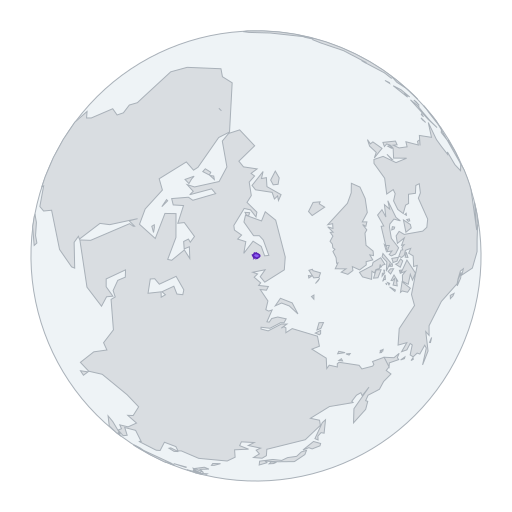 Northern Savonia highlighted on a globe, orthographic projection, rotated 115°
{"feature_id": "FIN-3178", "entity_name": "Northern Savonia", "entity_type": "Province", "adm_level": 1, "iso_a3": "FIN", "parent_name": "Finland", "parent_adm1": "", "projection": "orthographic", "projection_center": [27.676, 63.147], "detail": "fine", "context": "on_globe", "style": "filled", "palette": "violet", "viewbox_px": 512, "rotation_deg": 115, "n_neighbors": 0, "source": "natural_earth", "source_scale": "10m", "svg_char_len": 12218}
<svg xmlns="http://www.w3.org/2000/svg" viewBox="0 0 512 512"><g transform="rotate(115 256 256)"><circle cx="256" cy="256" r="225" fill="#eef3f6" stroke="#a8b0b8"/><path d="M55.1,154.1L57.6,149.4L90.1,103.6L95.9,97.5L101.6,92.0L105.8,88.6L139.3,66.9L115.1,80.6L124.1,73.9L135.2,67.1L133.7,68.5L147.6,62.6L158.6,57.5L175.5,54.8L186.3,61.4L179.9,62.7L183.3,64.4L191.5,63.2L196.1,62.0L218.8,68.8L246.0,69.7L254.8,65.6L252.8,70.2L269.4,59.9L284.3,59.0L267.4,62.8L265.6,65.4L275.6,66.1L275.9,68.9L281.0,71.0L280.5,74.5L270.6,76.8L270.1,79.3L277.3,79.6L281.2,83.6L270.8,82.7L276.7,89.6L261.3,95.5L233.9,91.4L225.2,98.8L196.4,105.9L198.9,108.7L189.5,113.6L188.9,118.8L183.7,119.0L187.7,123.0L192.5,121.9L195.8,123.4L195.9,126.4L189.4,127.0L188.4,125.6L186.5,127.4L183.2,126.5L184.8,128.6L176.9,129.2L184.8,133.2L178.5,137.5L173.2,136.7L173.8,130.8L163.0,115.4L157.8,113.3L150.0,116.0L135.0,133.3L129.3,133.7L121.5,138.6L124.5,141.0L131.8,138.0L135.6,143.9L143.9,139.9L146.7,141.9L155.3,140.5L153.9,147.2L147.9,154.6L140.7,156.2L137.8,159.7L144.6,163.7L131.1,172.3L122.2,188.2L118.7,189.9L112.0,182.9L112.2,168.6L103.7,160.8L109.1,172.7L100.3,177.3L98.8,181.0L99.2,184.9L102.5,185.9L99.4,189.0L92.9,178.2L95.6,175.1L97.6,178.5L97.6,172.0L93.2,165.2L89.1,168.4L86.8,155.8L83.8,158.1L81.6,156.8L86.5,154.0L77.7,158.9L74.3,147.1L62.2,156.3L74.2,141.7L78.6,133.8L82.9,125.3L80.8,126.5L89.2,114.3L92.2,106.7L86.6,109.1L78.4,118.0L69.7,130.6L70.2,131.6L65.7,140.4L62.3,141.6L53.2,159.4L50.3,164.2L48.7,167.8L55.1,154.1ZM45.5,175.8L43.9,180.2L40.4,190.9L40.2,193.5L39.0,201.9L36.5,207.6L37.7,208.5L35.7,217.2L34.7,238.6L34.1,238.2L32.9,263.4L35.5,286.8L36.0,295.9L35.3,296.1L37.1,304.0L37.2,305.9L47.9,337.4L56.3,356.8L58.1,362.6L55.7,359.1L48.9,344.6L43.1,329.7L38.4,314.4L34.8,298.8L32.3,283.0L31.0,267.1L30.8,251.1L31.7,235.1L33.7,219.2L36.9,203.6L41.2,188.1L41.6,186.9L43.4,181.4L43.5,181.1L45.5,175.8ZM59.3,158.0L49.2,182.0L51.8,171.1L51.8,172.5L55.1,165.8L60.0,155.0L63.1,146.2L59.3,158.0ZM61.9,162.4L63.3,158.7L62.3,162.1L61.9,162.4ZM198.1,61.0L191.6,62.9L184.1,63.1L189.4,61.2L198.1,61.0ZM212.5,61.8L209.6,63.3L206.2,60.7L208.9,60.6L212.5,61.8ZM261.0,62.2L255.6,62.4L260.7,61.3L261.0,62.2ZM281.8,70.7L283.2,69.8L285.2,71.3L281.8,70.7ZM155.5,136.9L155.4,138.7L153.8,138.0L155.5,136.9ZM159.3,134.8L157.6,132.8L159.2,131.5L160.2,132.7L159.3,134.8ZM286.3,78.1L289.1,81.0L284.5,78.4L286.3,78.1ZM161.0,137.6L162.2,129.4L165.0,127.2L171.1,130.2L161.0,137.6ZM289.6,82.9L296.5,90.0L300.3,88.5L293.6,97.1L289.9,88.0L283.7,85.1L288.3,85.0L289.6,82.9ZM194.0,120.3L188.9,121.6L193.1,117.7L194.0,120.3ZM195.9,117.5L204.1,104.2L211.7,104.0L207.4,108.4L217.3,106.1L217.0,112.5L211.5,115.2L206.6,114.0L210.2,117.4L195.9,117.5ZM288.8,100.9L289.0,103.1L286.9,101.3L288.8,100.9ZM197.5,123.7L198.5,120.9L205.2,120.5L204.4,126.0L202.5,124.4L197.5,123.7ZM220.0,102.5L224.8,103.3L225.9,108.7L227.9,109.7L217.6,112.7L220.0,102.5ZM201.0,126.0L203.9,128.9L200.8,131.9L197.0,126.4L201.0,126.0ZM207.2,118.1L210.3,118.3L208.4,120.0L207.2,118.1ZM191.4,144.5L192.5,141.0L196.0,140.4L191.4,144.5ZM205.1,129.7L206.2,128.7L207.7,128.1L208.9,130.6L205.1,129.7ZM219.1,116.4L218.5,118.5L223.4,115.4L224.4,119.5L217.3,120.8L220.7,121.9L221.1,123.2L214.9,122.9L219.1,116.4ZM214.7,131.5L206.1,134.9L203.4,141.4L200.1,142.0L205.0,131.4L214.7,131.5ZM215.4,126.4L214.2,129.7L210.8,128.7L209.4,125.9L215.4,126.4ZM227.6,121.9L227.9,115.3L229.4,115.2L227.6,121.9ZM214.6,133.6L216.7,132.8L214.8,134.2L214.6,133.6ZM224.4,125.6L224.3,123.3L226.0,123.3L224.4,125.6ZM221.0,133.2L218.2,134.2L217.2,132.3L221.0,133.2ZM223.1,129.9L225.5,130.5L218.5,131.0L222.7,128.8L223.1,129.9ZM226.0,126.0L227.0,125.3L225.8,127.0L226.0,126.0ZM226.4,140.1L217.8,141.2L215.6,136.8L224.2,136.3L226.4,140.1ZM211.4,476.8L196.4,470.2L202.5,467.9L200.5,463.6L183.1,448.1L186.9,441.5L182.3,436.7L172.7,434.6L167.2,428.3L161.4,426.0L125.1,411.1L114.1,398.1L101.1,366.9L107.7,362.2L109.1,350.8L154.8,332.4L164.4,339.9L200.2,346.1L204.6,348.9L200.2,358.9L226.9,376.4L235.8,368.7L260.2,376.3L276.5,375.0L282.7,354.7L255.9,356.5L251.4,346.4L273.0,336.4L296.4,334.6L295.5,330.6L280.8,323.5L286.3,314.9L275.8,320.3L279.9,324.1L273.4,327.7L269.2,324.4L271.3,321.4L264.3,320.0L256.0,335.1L259.4,340.7L240.9,343.0L244.7,352.6L239.6,356.7L231.3,342.1L232.2,336.8L216.5,318.9L213.9,324.6L228.5,342.0L223.9,340.2L220.4,348.6L219.4,340.9L204.1,320.9L187.6,320.0L166.1,335.1L156.5,332.6L148.6,324.1L156.7,303.8L177.3,311.6L180.5,305.0L176.6,291.8L183.2,295.4L184.1,291.1L191.9,293.4L203.2,285.8L211.2,286.8L215.9,273.7L220.6,272.5L216.5,280.5L217.9,286.8L237.7,289.0L241.6,286.5L243.1,277.9L248.4,279.8L247.3,271.3L258.8,268.2L243.8,264.9L245.1,255.3L252.2,248.2L250.0,244.6L238.4,256.2L236.2,261.5L238.6,266.8L230.3,281.3L223.4,282.8L221.9,265.8L212.0,266.3L215.2,253.3L244.5,229.1L256.6,224.5L276.0,237.0L273.0,243.4L264.6,241.9L272.1,252.1L271.6,247.0L276.0,248.7L278.4,240.4L281.6,241.2L278.4,231.9L282.6,232.1L284.6,238.0L291.7,226.2L300.5,224.4L300.6,221.3L298.1,218.6L311.0,218.3L310.4,216.1L306.0,215.3L302.1,210.5L300.2,202.1L304.7,202.4L306.0,205.5L315.6,212.8L318.4,221.3L320.1,220.6L318.7,213.3L307.1,204.4L304.6,199.2L310.7,202.6L308.3,200.9L308.5,198.5L312.9,196.5L306.5,192.5L302.7,166.4L311.0,160.4L316.8,166.0L318.9,149.2L328.1,144.3L324.0,143.5L322.2,135.4L319.3,136.8L317.2,135.8L311.5,116.4L313.6,112.3L306.5,103.7L304.4,103.4L302.4,105.8L293.6,97.1L300.3,88.5L304.7,89.6L305.9,83.8L315.8,87.3L324.6,87.8L334.8,95.6L340.8,95.5L340.5,93.3L348.6,91.8L366.0,97.1L353.0,102.7L327.1,98.2L337.7,100.7L335.6,103.2L339.7,106.1L347.2,107.8L347.8,106.1L361.4,125.8L380.1,138.1L378.0,129.0L382.3,126.1L401.7,133.7L426.6,164.5L432.6,162.2L436.7,165.0L439.7,173.1L433.9,169.3L431.9,173.8L428.2,170.6L431.0,182.9L425.8,178.8L430.6,190.7L434.8,190.7L434.2,181.1L440.7,193.5L447.2,189.9L454.0,195.5L463.6,222.4L464.2,241.3L465.6,244.3L462.6,248.1L463.5,260.3L472.8,260.7L474.2,264.4L473.5,283.9L472.6,281.7L464.9,291.4L466.9,302.5L472.9,297.0L475.0,300.4L472.0,307.4L469.4,304.9L466.6,308.1L464.9,299.7L457.9,293.7L454.6,304.9L452.5,299.9L442.3,298.6L436.2,314.2L428.2,345.4L431.1,358.9L426.6,370.2L411.4,362.5L404.2,351.4L399.0,357.5L383.2,354.0L356.6,369.0L352.6,366.3L347.7,370.9L336.5,371.0L330.4,365.5L323.7,368.4L340.1,382.1L347.2,378.8L352.9,368.7L356.1,374.2L366.8,374.8L355.7,396.0L315.9,422.4L311.7,412.5L280.1,384.2L280.9,379.9L280.7,379.4L280.3,378.6L277.7,385.8L272.2,379.1L289.4,401.8L292.4,411.2L315.3,423.2L313.2,425.3L320.5,426.6L343.6,415.2L343.8,418.5L333.1,436.8L300.9,460.6L305.0,467.5L302.5,472.8L282.2,478.1L283.8,479.3L273.3,480.6L273.0,480.6L252.4,481.3L231.8,480.0L211.4,476.8ZM139.0,348.7L137.8,352.1L139.0,348.7ZM321.5,342.1L335.4,338.1L328.6,326.9L333.4,324.5L329.4,321.7L328.1,326.1L318.1,317.7L323.9,311.6L322.0,306.0L317.2,307.1L308.2,319.8L322.4,331.7L319.4,338.2L321.5,342.1ZM34.7,239.2L34.3,242.9L34.2,239.5L34.7,239.2ZM50.5,171.6L49.1,175.9L47.9,178.9L48.6,175.9L50.5,171.6ZM43.1,207.8L42.4,213.3L42.5,208.4L43.1,207.8ZM48.0,185.7L43.7,203.6L44.0,195.0L46.9,183.9L45.8,190.3L48.0,185.7ZM59.1,163.0L57.9,166.0L57.2,166.0L59.1,163.0ZM61.1,164.9L61.3,164.0L62.6,162.0L61.1,164.9ZM100.7,177.9L101.1,178.9L100.8,183.0L99.4,181.5L100.7,177.9ZM108.4,199.5L103.4,204.2L106.0,199.7L103.2,198.3L105.2,187.3L117.1,190.2L111.3,190.8L108.4,199.5ZM111.1,173.9L108.5,180.3L110.9,173.2L111.1,173.9ZM181.7,266.3L184.2,270.5L181.0,274.8L170.9,274.4L175.4,268.0L181.7,266.3ZM188.5,275.4L189.8,259.2L196.2,259.1L192.4,261.8L196.5,263.4L191.5,268.3L196.2,284.4L193.7,289.4L176.4,285.3L183.5,283.8L180.6,279.7L188.5,275.4ZM182.0,220.7L182.7,214.4L195.6,222.2L193.5,227.2L183.3,226.9L179.8,220.8L182.0,220.7ZM171.8,144.8L171.2,142.5L173.0,142.2L175.0,144.0L171.8,144.8ZM191.6,142.9L176.2,155.1L174.8,152.9L167.5,163.1L160.8,161.4L165.8,154.8L155.2,161.3L157.0,154.7L150.2,159.9L161.9,145.4L163.1,140.0L164.3,146.6L170.4,148.2L173.4,147.3L182.8,140.8L188.3,130.2L195.2,130.4L198.7,133.4L198.4,135.9L194.0,134.9L196.8,139.1L190.2,139.6L191.6,142.9ZM234.6,171.9L229.6,169.0L234.1,178.8L227.6,178.8L228.5,179.9L223.7,182.7L219.4,188.2L216.5,187.3L216.1,189.8L212.9,191.9L211.4,195.1L205.5,194.7L203.2,198.7L201.8,196.2L199.3,203.3L198.5,197.9L194.3,200.2L197.3,204.2L169.6,195.4L158.5,196.4L149.8,200.3L149.6,190.9L157.7,181.4L169.6,173.5L180.2,174.1L178.2,169.9L182.7,169.0L182.4,172.7L185.5,166.6L189.2,166.9L199.8,160.8L202.0,152.0L206.0,149.7L206.9,153.3L210.2,148.5L214.6,153.8L217.5,152.3L224.8,156.2L224.9,164.2L228.2,162.0L233.8,165.0L234.6,171.9ZM228.3,141.4L229.9,150.6L227.1,155.3L215.6,146.6L212.3,147.2L204.9,142.2L209.1,135.6L210.9,137.6L213.5,138.1L211.1,139.9L215.1,138.8L217.6,141.6L221.3,141.5L220.8,144.5L228.3,141.4ZM209.8,345.8L213.3,346.9L218.7,347.4L216.6,352.7L209.8,345.8ZM199.2,332.4L202.3,332.4L202.0,339.9L198.4,338.8L199.2,332.4ZM204.3,326.1L202.5,331.8L201.4,328.1L204.3,326.1ZM219.4,280.1L222.8,279.6L223.1,281.7L221.1,284.4L219.4,280.1ZM246.6,202.0L244.2,199.3L245.2,198.2L244.0,190.4L248.8,189.9L251.4,194.4L246.6,202.0ZM278.0,358.8L273.1,363.0L270.7,361.4L272.9,360.2L278.0,358.8ZM243.3,359.4L251.1,362.2L242.7,360.9L243.3,359.4ZM251.6,200.2L250.5,197.0L253.6,198.8L251.6,200.2ZM252.2,189.2L255.8,190.5L249.2,188.9L252.2,189.2ZM340.2,461.5L323.9,470.8L313.5,473.8L312.1,473.6L318.4,469.2L330.7,464.4L336.8,460.1L340.2,461.5ZM475.3,307.5L472.0,317.2L463.4,322.5L466.6,315.8L474.7,303.9L474.3,306.7L476.4,301.7L475.3,307.5ZM479.5,284.2L479.1,287.2L478.7,285.7L478.9,280.4L479.7,275.5L479.6,245.6L480.2,241.1L480.9,251.5L481.2,249.8L481.3,252.3L480.9,268.3L479.5,284.2ZM432.0,359.3L437.0,362.0L434.2,366.6L432.0,359.3ZM477.3,230.4L478.9,242.9L476.7,229.6L477.3,230.4ZM474.7,220.4L475.8,222.2L474.9,223.3L474.7,220.4ZM467.7,247.7L467.0,253.6L465.9,252.1L466.1,243.7L467.7,247.7ZM459.2,200.4L463.3,205.3L464.6,207.9L462.3,207.5L459.2,200.4ZM290.8,193.5L287.2,204.7L287.8,212.9L293.0,217.5L284.0,216.0L283.2,203.4L290.8,193.5ZM300.8,169.7L296.1,166.0L299.1,164.6L300.6,165.2L300.8,169.7ZM297.3,169.5L289.8,170.7L287.8,166.7L294.1,166.6L297.3,169.5ZM270.7,185.3L269.3,188.6L266.9,187.0L270.7,185.3ZM478.2,219.2L478.0,221.5L478.9,228.5L476.0,212.1L476.8,212.5L478.2,219.2ZM476.3,216.1L477.3,222.6L475.6,214.2L476.3,216.1ZM476.9,222.6L475.9,220.6L475.7,216.9L476.9,222.6ZM476.1,213.5L474.0,208.1L474.9,208.7L476.1,213.5ZM473.0,216.5L474.5,212.0L474.4,221.6L469.3,213.6L469.0,208.6L473.0,216.5ZM438.8,156.3L436.1,155.2L434.3,150.3L436.7,152.4L438.8,156.3ZM426.1,134.3L433.0,148.7L438.0,160.9L438.7,158.7L444.1,164.8L440.4,166.0L433.3,154.8L430.4,146.3L425.4,142.2L420.4,134.5L414.4,132.1L410.8,128.1L415.3,127.8L426.1,134.3ZM412.0,131.5L399.8,125.5L398.6,118.2L401.0,117.8L407.1,123.6L407.4,127.1L412.0,131.5ZM396.5,122.0L396.6,125.4L379.0,125.5L375.0,123.8L387.8,119.4L388.6,122.4L393.1,123.8L396.5,122.0ZM291.3,102.8L289.2,103.1L290.4,101.4L291.3,102.8ZM315.7,136.8L313.0,135.2L314.5,133.2L315.7,136.8ZM306.5,129.8L306.7,133.1L304.6,129.4L306.5,129.8ZM307.4,140.7L305.9,134.4L310.1,140.7L307.4,140.7Z" fill="#d9dde1" stroke="#a8b0b8" stroke-width="1"/><path d="M254.6,252.5L255.5,252.8L255.8,252.8L256.1,253.0L256.6,253.4L256.6,253.5L256.8,253.7L257.0,253.8L257.2,253.7L257.3,253.8L257.5,253.8L257.6,254.0L257.7,254.3L257.8,254.4L257.7,254.4L257.6,254.5L257.7,254.8L257.8,254.9L257.8,255.0L257.9,255.3L257.8,255.5L257.7,255.6L257.7,255.8L257.8,255.8L258.1,256.3L258.5,256.6L258.4,256.6L258.3,256.8L258.3,257.0L258.5,257.1L258.3,257.4L258.2,257.4L258.0,257.2L257.9,257.4L257.8,257.5L257.7,257.6L257.9,257.8L257.8,258.0L257.7,258.0L257.6,258.3L257.4,258.3L257.3,258.2L257.3,258.3L257.3,258.5L257.1,258.7L257.1,258.8L257.1,259.0L256.8,259.3L256.7,259.3L256.6,259.5L256.5,259.4L256.4,259.4L256.2,259.3L256.1,259.2L255.8,258.7L255.7,258.7L255.4,258.5L255.2,258.6L254.9,258.6L254.7,258.6L254.4,258.7L254.5,258.7L254.4,258.8L254.2,258.7L253.8,258.5L253.8,258.4L254.0,258.2L254.0,257.9L253.9,257.7L253.8,257.4L253.7,257.4L253.7,257.5L253.3,257.2L253.2,257.0L253.1,256.9L253.3,256.7L253.5,256.8L253.6,256.7L253.4,256.5L253.4,256.4L253.5,256.4L253.4,256.2L253.3,255.9L253.3,255.7L253.3,255.3L253.2,255.2L253.3,254.9L253.4,254.7L253.4,254.4L253.5,254.3L253.6,254.2L253.5,253.5L253.5,253.4L253.6,253.2L254.3,252.6L254.6,252.5Z" fill="#8b5cf6" stroke="#5b21b6" stroke-width="1.5"/></g></svg>